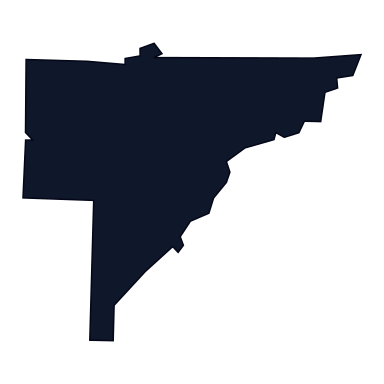 Baker, Georgia, United States of America
{"feature_id": "52423323B71262883524424", "entity_name": "Baker", "entity_type": "district", "adm_level": 2, "iso_a3": "USA", "parent_name": "United States of America", "parent_adm1": "Georgia", "projection": "orthographic", "projection_center": [-84.4, 31.267], "detail": "fine", "context": "isolated", "style": "filled", "palette": "ink", "viewbox_px": 384, "rotation_deg": 0, "n_neighbors": 0, "source": "geoboundaries", "source_scale": "gbopen_adm2", "svg_char_len": 623}
<svg xmlns="http://www.w3.org/2000/svg" viewBox="0 0 384 384"><path d="M23.0,197.9L93.7,200.4L89.8,340.2L113.2,340.7L114.1,305.3L145.4,271.4L172.7,246.6L178.1,252.4L183.4,245.3L180.2,236.7L190.4,221.2L208.9,213.2L213.6,198.0L226.4,182.4L229.9,172.2L226.4,161.5L245.0,147.9L274.0,139.6L275.8,132.6L284.3,137.3L298.9,132.7L304.4,121.2L320.7,121.6L325.0,92.3L337.6,88.0L336.7,78.0L352.8,75.5L361.0,54.6L313.4,58.1L166.2,57.6L153.9,57.6L162.0,53.7L154.1,43.3L140.0,48.4L140.1,55.9L125.1,58.5L125.1,64.5L87.4,61.3L26.1,59.5L25.5,132.5L32.7,140.0L25.6,140.1L23.0,197.9Z" fill="#0f172a" stroke="#020617" stroke-width="1.5"/></svg>